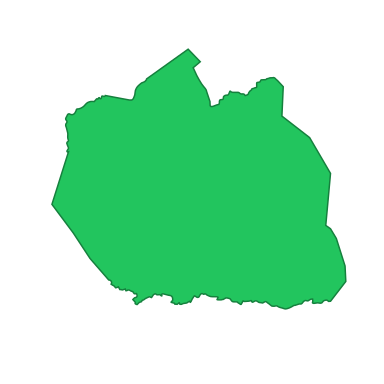 Belen Gualcho, Ocotepeque, Honduras, rotated 76°
{"feature_id": "27666195B17925078657683", "entity_name": "Belen Gualcho", "entity_type": "district", "adm_level": 2, "iso_a3": "HND", "parent_name": "Honduras", "parent_adm1": "Ocotepeque", "projection": "albers", "projection_center": [-88.771, 14.48], "detail": "fine", "context": "isolated", "style": "filled", "palette": "green", "viewbox_px": 384, "rotation_deg": 76, "n_neighbors": 0, "source": "geoboundaries", "source_scale": "gbopen_adm2", "svg_char_len": 6008}
<svg xmlns="http://www.w3.org/2000/svg" viewBox="0 0 384 384"><g transform="rotate(76 192 192)"><path d="M67.6,152.5L52.5,161.2L71.3,208.7L72.3,209.3L73.5,211.2L73.8,213.0L74.0,214.6L74.9,216.5L75.8,218.2L76.7,219.6L77.9,220.9L79.7,222.3L81.6,223.1L83.9,224.0L85.7,225.2L87.4,226.5L88.2,228.2L87.6,230.5L77.4,252.8L77.7,253.0L77.9,253.3L78.0,253.7L78.1,254.1L78.0,254.4L77.4,255.2L77.2,256.1L77.3,256.4L78.9,257.2L79.2,257.5L79.4,257.8L79.4,258.1L79.1,258.5L78.9,258.8L78.2,259.0L78.0,259.3L78.0,259.5L78.3,260.1L78.8,260.5L79.0,260.8L79.0,261.1L78.6,261.6L78.6,262.1L80.6,265.0L80.2,266.1L79.7,268.2L79.7,269.5L79.8,270.7L80.0,271.7L80.4,272.7L80.9,273.6L81.9,275.1L82.5,276.0L83.1,277.3L83.5,278.5L83.8,279.8L83.9,281.0L83.9,282.2L83.7,283.2L83.7,283.7L84.1,284.3L84.7,284.5L87.0,286.5L87.5,287.3L87.9,288.1L88.0,289.2L87.8,290.2L87.4,291.0L86.6,292.0L86.4,292.5L86.4,293.2L86.6,293.7L86.9,294.1L87.2,294.3L89.6,296.4L90.0,296.7L90.5,296.9L91.1,296.9L91.6,296.8L92.6,296.3L93.1,296.3L93.6,296.3L94.4,296.7L95.2,297.6L95.6,298.0L96.6,298.4L97.3,298.5L99.3,298.3L104.7,298.3L105.9,298.5L107.9,299.1L109.1,299.4L110.4,299.5L112.1,299.4L112.5,299.6L112.8,299.8L113.0,300.1L113.4,301.0L113.7,301.3L114.1,301.5L114.6,301.7L115.4,301.6L116.9,301.5L118.8,301.2L119.5,301.2L120.2,301.6L121.5,303.0L122.0,303.4L122.3,303.5L122.7,303.4L123.1,303.1L123.1,302.1L170.1,330.9L202.8,317.2L231.9,307.0L257.2,294.1L257.5,293.4L257.8,292.8L258.3,292.4L258.9,292.0L259.6,291.9L260.5,291.9L261.2,292.2L261.8,292.8L263.0,291.8L264.0,290.6L265.1,289.9L266.1,289.5L266.5,289.2L266.5,287.8L266.4,287.3L266.2,286.7L266.2,286.4L267.7,286.0L269.0,285.7L269.3,285.5L269.5,284.5L270.1,283.5L270.2,283.1L270.0,280.2L271.8,280.0L271.9,279.6L271.9,278.9L271.6,277.8L272.0,276.6L272.4,276.1L273.4,275.1L274.4,273.5L275.7,273.1L276.7,272.6L277.1,271.7L276.9,270.8L277.0,270.6L277.2,270.4L278.0,270.3L279.2,270.3L279.8,270.5L280.3,270.9L280.7,271.5L280.7,272.7L280.8,273.3L281.5,274.7L282.1,275.4L284.6,274.0L285.1,273.8L285.6,273.7L286.1,274.1L286.6,274.1L287.1,273.7L287.6,273.2L287.8,272.6L287.9,272.4L286.4,269.9L286.3,269.1L286.2,267.5L285.5,267.0L285.0,266.3L285.0,265.1L284.1,262.9L283.4,259.4L283.3,258.8L283.4,258.5L284.0,257.7L284.5,257.1L284.6,256.8L284.2,256.3L283.0,255.0L282.3,254.2L282.0,253.2L281.9,252.3L282.2,251.8L282.9,251.3L283.3,250.8L283.5,249.8L283.7,248.4L283.8,248.1L284.1,247.8L285.1,247.1L285.5,246.6L285.5,246.4L285.4,246.3L284.7,246.4L284.2,246.2L283.7,245.7L283.7,245.2L284.1,244.1L286.4,239.9L287.1,238.3L287.6,237.5L288.3,236.9L289.1,236.6L290.2,236.5L291.6,236.7L292.2,236.9L292.6,237.1L292.8,237.3L293.1,238.1L293.6,238.7L293.9,238.9L294.1,238.8L294.5,238.1L295.6,236.1L295.9,235.9L296.5,235.9L296.7,235.7L297.1,234.3L297.4,233.6L296.9,232.4L296.3,231.3L296.4,231.1L298.0,230.9L298.2,230.3L298.4,229.6L298.4,229.1L298.2,228.3L298.1,227.4L298.4,223.9L298.0,222.8L297.6,221.6L297.5,221.0L297.5,220.7L297.9,220.4L298.4,220.5L298.6,220.4L298.6,220.2L298.1,219.5L295.9,217.7L294.3,216.0L293.4,214.9L293.4,214.6L293.5,214.5L295.3,212.7L295.6,212.1L295.7,211.5L295.6,211.0L295.3,210.4L294.0,209.3L293.2,208.2L293.0,207.6L293.0,207.0L293.1,206.6L293.7,205.9L294.1,205.3L294.1,204.9L293.9,204.3L294.0,203.8L294.4,203.3L295.4,202.6L296.1,201.8L297.2,200.4L298.0,199.1L298.6,197.3L299.4,194.1L299.7,193.2L300.0,192.6L300.4,192.2L300.6,192.2L302.4,193.7L302.6,193.6L302.8,193.1L303.2,191.9L303.7,189.8L303.7,189.4L303.7,188.4L303.8,187.7L303.1,185.3L303.0,184.7L303.3,183.6L304.0,182.2L304.5,181.4L304.8,180.9L307.2,179.9L307.7,179.6L308.1,179.3L308.6,178.3L309.3,175.7L309.7,174.7L309.9,174.5L310.5,174.2L310.8,174.0L311.7,173.0L312.6,172.3L312.9,171.8L312.9,171.5L312.3,170.9L311.4,170.0L310.7,169.6L310.3,169.2L310.1,168.9L310.1,168.6L310.2,168.4L310.5,168.3L310.7,168.2L311.1,166.7L311.5,164.2L311.7,163.1L311.6,161.6L311.7,160.8L311.8,160.7L312.0,160.6L312.4,160.8L312.8,160.7L313.2,160.3L313.6,159.8L313.5,159.2L313.0,157.2L313.0,156.7L313.1,156.2L313.4,155.7L313.8,155.2L315.1,154.0L315.4,153.6L315.8,152.7L316.2,151.5L316.7,150.6L316.7,149.9L316.1,147.8L316.1,147.4L316.2,147.0L316.4,146.6L316.8,146.2L317.8,145.5L319.4,144.1L321.2,142.8L322.0,142.1L322.3,141.3L322.7,140.0L322.8,138.0L323.0,137.3L324.9,135.2L325.9,133.5L326.4,132.5L327.5,130.8L328.0,129.8L328.1,129.1L328.2,128.2L328.0,125.6L327.5,123.2L326.7,120.5L326.9,119.4L326.6,115.2L327.0,113.4L327.0,112.9L326.7,112.2L325.5,110.6L325.0,109.7L324.7,108.9L324.7,108.3L325.7,105.9L325.6,105.4L324.9,103.4L324.8,102.3L325.0,101.3L325.1,100.9L327.1,101.2L328.6,101.9L328.8,101.8L329.0,101.7L329.4,101.1L329.6,100.2L329.9,97.0L330.8,94.7L331.0,94.0L331.0,93.3L330.9,92.7L329.8,91.2L329.4,90.5L329.3,89.6L329.3,88.0L329.5,87.6L329.8,87.0L330.2,86.7L330.8,86.2L331.2,85.9L331.5,84.0L316.0,64.4L300.8,61.4L272.0,63.2L261.2,66.5L256.8,70.3L207.5,53.1L167.7,64.7L140.1,86.4L111.9,78.0L104.5,82.1L103.3,83.0L101.6,84.0L101.1,84.5L100.7,85.2L100.6,86.3L100.1,88.8L100.3,90.5L100.2,91.9L100.3,92.1L100.6,92.7L100.8,93.4L100.0,97.4L100.1,98.0L100.3,98.4L101.0,98.8L101.7,99.7L101.7,100.0L101.6,100.9L101.5,102.3L101.7,102.7L102.3,103.0L105.3,103.7L105.9,103.9L106.1,104.1L106.2,104.5L106.1,105.5L106.4,107.8L106.3,108.4L106.4,108.8L106.7,109.2L107.3,109.6L107.5,110.0L108.0,111.2L108.4,111.8L109.5,113.0L110.6,113.7L110.8,114.0L111.1,114.8L111.3,116.6L111.3,117.0L111.2,117.2L110.1,117.5L109.5,118.1L109.1,118.9L109.0,120.0L108.5,120.9L108.0,121.6L107.0,122.3L106.7,122.7L106.5,123.1L105.2,128.3L104.6,129.5L104.2,129.9L103.5,130.3L103.4,130.7L103.7,131.1L105.7,132.5L106.6,133.8L106.7,134.2L106.4,134.8L106.3,135.7L106.3,136.5L106.5,137.1L106.8,137.9L107.4,138.5L107.7,138.6L108.6,138.9L109.2,139.2L109.6,139.6L109.6,140.0L109.4,141.6L109.4,142.4L109.5,142.7L110.4,143.4L111.9,143.8L112.8,144.2L113.4,144.7L113.5,145.4L113.5,146.9L114.0,151.1L113.7,152.8L113.2,153.3L112.5,153.5L108.6,152.7L98.2,153.5L97.1,153.5L96.3,153.6L94.8,154.1L92.3,155.3L89.5,156.5L84.7,158.0L80.1,159.2L71.7,160.8L67.6,152.5Z" fill="#22c55e" stroke="#15803d" stroke-width="1.5"/></g></svg>